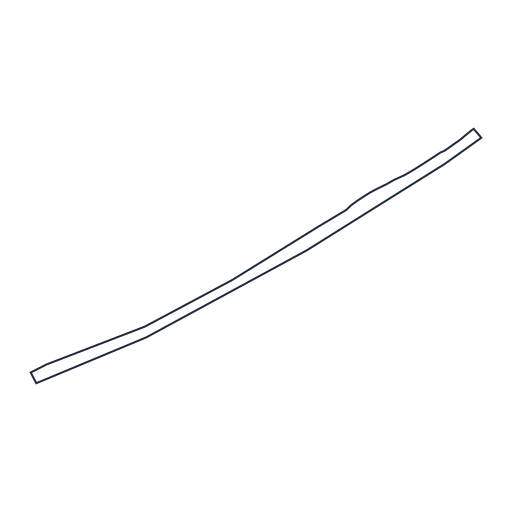 the district of North Coast, Matruh, Egypt
{"feature_id": "37247803B38142631960117", "entity_name": "North Coast", "entity_type": "district", "adm_level": 2, "iso_a3": "EGY", "parent_name": "Egypt", "parent_adm1": "Matruh", "projection": "albers", "projection_center": [29.511, 30.938], "detail": "fine", "context": "isolated", "style": "outline", "palette": "slate", "viewbox_px": 512, "rotation_deg": 0, "n_neighbors": 0, "source": "geoboundaries", "source_scale": "gbopen_adm2", "svg_char_len": 579}
<svg xmlns="http://www.w3.org/2000/svg" viewBox="0 0 512 512"><path d="M473.7,128.8L471.7,130.2L466.9,134.1L464.6,136.0L461.5,138.7L458.4,141.0L455.6,142.9L445.1,150.4L442.8,151.5L440.6,152.4L427.8,160.8L415.9,168.4L410.1,171.9L404.8,175.0L395.9,179.1L394.8,179.5L386.3,184.3L376.5,189.1L372.4,191.3L369.8,192.7L363.1,196.9L358.9,199.7L357.4,200.7L350.8,205.5L347.2,209.0L346.3,209.9L318.7,226.4L232.2,280.0L144.6,326.7L46.6,364.4L36.0,369.8L30.7,372.5L36.3,383.2L146.4,337.3L306.8,250.3L444.6,164.0L481.3,137.8L473.7,128.8Z" fill="none" stroke="#1e293b" stroke-width="2"/></svg>